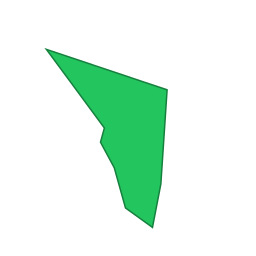 an SVG outline of Plaisance, rotated 160°
{"feature_id": "SYC-5216", "entity_name": "Plaisance", "entity_type": "state/province", "adm_level": 1, "iso_a3": "SYC", "parent_name": "Seychelles", "parent_adm1": "", "projection": "robinson", "projection_center": [55.472, -4.654], "detail": "fine", "context": "isolated", "style": "filled", "palette": "green", "viewbox_px": 256, "rotation_deg": 160, "n_neighbors": 0, "source": "natural_earth", "source_scale": "10m", "svg_char_len": 296}
<svg xmlns="http://www.w3.org/2000/svg" viewBox="0 0 256 256"><g transform="rotate(160 128 128)"><path d="M139.0,26.2L157.7,53.7L154.5,95.3L158.7,124.1L150.2,136.1L166.5,191.6L177.8,229.8L78.2,150.5L103.6,92.9L116.3,64.1L139.0,26.2Z" fill="#22c55e" stroke="#15803d" stroke-width="1.5"/></g></svg>